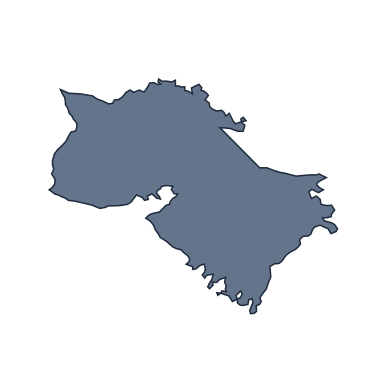 Renascença, Paraná, Brazil, rotated 102°
{"feature_id": "56859067B237930900866", "entity_name": "Renascença", "entity_type": "district", "adm_level": 2, "iso_a3": "BRA", "parent_name": "Brazil", "parent_adm1": "Paraná", "projection": "natural_earth1", "projection_center": [-52.94, -26.22], "detail": "fine", "context": "isolated", "style": "filled", "palette": "slate", "viewbox_px": 384, "rotation_deg": 102, "n_neighbors": 0, "source": "geoboundaries", "source_scale": "gbopen_adm2", "svg_char_len": 3405}
<svg xmlns="http://www.w3.org/2000/svg" viewBox="0 0 384 384"><g transform="rotate(102 192 192)"><path d="M200.7,42.8L197.7,42.0L194.3,45.6L193.1,49.1L192.7,56.4L190.1,58.9L188.9,54.2L187.2,50.7L184.7,51.0L180.0,48.7L175.9,52.8L177.2,57.0L177.3,63.2L172.6,65.1L170.1,69.6L173.5,73.8L170.5,75.8L167.5,77.8L164.5,75.3L166.3,68.1L162.5,64.0L161.3,68.2L159.3,71.3L156.8,71.4L154.2,68.7L150.0,63.6L149.3,66.4L147.9,71.2L149.7,74.6L150.1,77.6L151.8,83.8L154.8,93.4L154.6,99.3L154.3,105.5L154.5,110.2L153.7,118.2L152.7,123.5L154.3,130.8L138.1,155.5L123.3,178.0L122.6,173.6L121.9,168.1L123.1,159.9L122.1,154.7L119.3,154.4L115.9,154.1L113.0,158.3L116.3,163.6L114.2,166.4L107.3,171.9L110.7,174.8L107.5,177.2L106.0,180.2L107.6,184.9L106.6,189.5L104.6,192.6L101.5,193.6L99.1,198.4L94.1,196.1L92.4,198.2L90.8,201.3L90.7,204.4L87.9,204.1L85.2,207.6L90.4,214.2L96.0,212.0L94.2,216.2L94.2,220.1L90.6,220.9L91.5,224.4L91.0,227.2L91.8,230.2L86.1,231.5L88.5,234.6L88.9,240.4L89.9,243.9L88.5,248.1L91.3,248.1L93.0,245.2L94.0,248.0L93.0,251.9L94.2,256.0L98.8,257.3L104.2,259.6L103.3,264.7L106.6,269.8L105.1,273.8L108.6,277.6L111.2,278.5L114.2,280.4L116.9,283.2L118.1,287.1L121.8,288.1L123.2,291.8L122.1,296.1L121.4,299.2L120.8,304.2L118.7,309.3L119.2,321.4L121.0,333.0L119.1,342.0L122.9,339.2L126.0,336.2L129.4,334.8L132.9,333.9L135.2,331.5L138.0,329.6L140.6,328.5L142.5,325.4L145.6,323.0L147.4,320.3L149.5,318.7L153.0,318.1L156.4,318.4L158.5,322.8L162.7,324.3L169.0,326.0L175.5,330.0L178.0,332.0L183.4,334.5L186.9,334.7L190.2,335.0L194.7,334.0L197.7,332.2L200.3,332.3L203.3,333.1L205.9,330.7L208.4,328.5L212.6,327.9L216.9,329.8L219.6,332.2L220.8,329.2L222.6,325.7L222.6,322.4L223.5,319.5L224.4,314.4L225.9,311.2L225.3,304.9L225.6,287.2L227.2,278.8L225.1,273.6L222.9,270.8L221.2,263.0L219.6,257.8L217.4,252.4L214.4,249.4L210.2,247.5L206.5,245.7L207.6,239.7L210.0,236.7L208.4,233.2L205.4,234.8L202.2,230.7L205.4,225.2L205.4,221.4L203.3,222.9L200.7,226.3L197.7,226.3L195.3,223.4L192.8,222.9L190.9,218.0L190.4,211.7L193.6,212.8L197.4,209.2L196.9,205.7L200.3,207.1L202.0,209.2L205.8,211.3L208.7,211.5L210.5,214.7L213.9,216.8L218.3,219.7L221.4,226.4L223.3,229.1L227.2,231.8L229.3,226.4L232.5,222.7L236.4,220.1L240.6,215.6L243.1,213.6L245.4,207.1L248.3,201.9L249.7,199.4L250.7,195.1L250.7,190.9L253.0,187.6L255.1,183.0L258.4,180.2L261.4,180.7L263.9,182.7L264.4,179.9L264.9,175.8L267.6,175.1L266.1,171.8L262.4,169.2L260.0,165.3L263.8,163.1L267.7,163.0L271.0,164.7L273.5,161.7L270.7,160.5L269.4,158.0L268.0,154.1L273.2,154.4L278.0,156.1L281.5,156.9L283.0,154.7L278.6,152.0L276.1,153.3L275.3,149.0L272.0,146.9L268.5,141.4L273.2,141.4L277.1,138.9L279.6,139.3L282.2,137.9L282.6,142.3L285.0,142.9L286.0,134.3L290.8,129.7L289.0,127.6L287.4,125.4L291.0,124.6L292.7,121.3L292.3,118.2L290.2,113.9L285.6,114.1L284.1,111.0L287.3,109.4L295.8,110.9L298.8,109.4L297.7,105.8L295.3,104.1L289.9,105.5L287.8,102.5L284.7,101.5L281.5,103.6L276.2,101.5L271.7,99.2L266.0,98.6L258.7,97.3L248.8,100.3L245.2,96.6L243.8,92.1L241.1,89.8L234.3,86.8L230.1,83.2L226.7,78.9L223.3,76.5L220.4,75.1L216.2,76.8L212.3,74.3L210.9,69.2L208.6,67.1L203.7,66.2L200.8,64.8L197.8,59.9L198.7,56.1L199.6,51.4L203.8,47.4L200.7,42.8ZM287.4,125.4L284.1,127.5L278.7,123.8L281.2,121.8L285.0,122.5L287.4,125.4ZM113.0,158.3L111.1,153.9L108.2,157.4L110.3,159.4L113.0,158.3ZM285.0,142.9L285.3,146.8L287.7,145.3L285.0,142.9Z" fill="#64748b" stroke="#1e293b" stroke-width="1.5"/></g></svg>